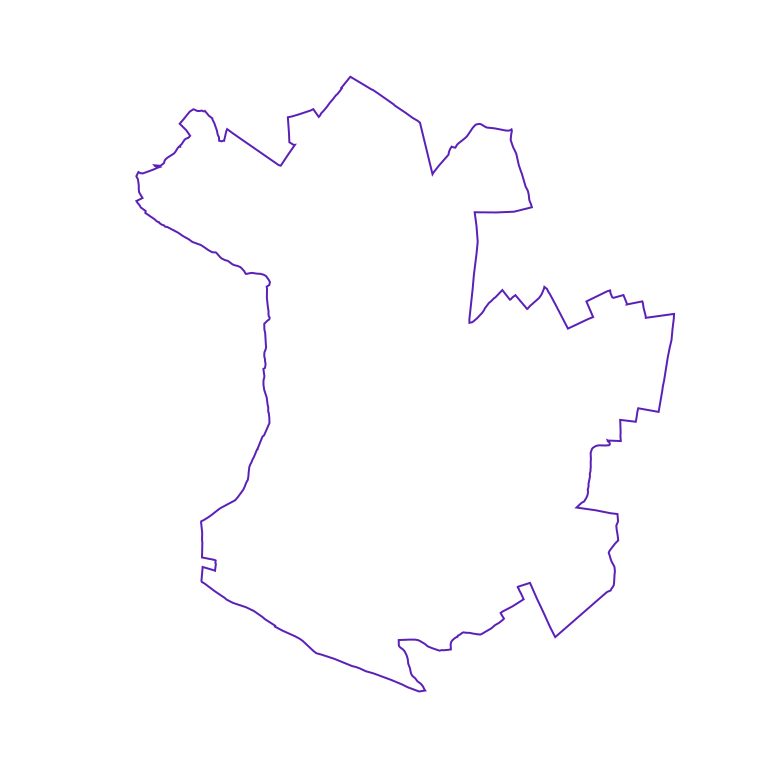 outline of Strunga, Iasi, Romania, rotated 189°
{"feature_id": "2599482B42928689760667", "entity_name": "Strunga", "entity_type": "district", "adm_level": 2, "iso_a3": "ROU", "parent_name": "Romania", "parent_adm1": "Iasi", "projection": "mercator", "projection_center": [26.943, 47.159], "detail": "fine", "context": "isolated", "style": "outline", "palette": "violet", "viewbox_px": 768, "rotation_deg": 189, "n_neighbors": 0, "source": "geoboundaries", "source_scale": "gbopen_adm2", "svg_char_len": 6152}
<svg xmlns="http://www.w3.org/2000/svg" viewBox="0 0 768 768"><g transform="rotate(189 384 384)"><path d="M520.7,632.4L517.2,617.4L515.3,608.0L510.6,606.0L509.4,606.3L514.4,596.0L520.1,583.5L521.6,583.6L522.6,583.9L571.6,607.5L578.8,611.2L579.3,609.1L580.0,599.2L580.8,599.2L582.2,598.3L584.9,598.5L585.6,601.9L586.7,603.4L587.4,604.6L588.6,608.0L592.3,614.9L594.8,618.4L595.1,619.5L599.0,621.6L603.6,625.7L604.1,625.2L604.6,625.1L605.4,625.1L606.6,625.6L608.7,624.8L611.3,624.5L614.6,625.5L615.3,625.5L618.4,622.7L620.4,619.4L622.8,615.1L626.5,609.1L619.1,603.8L614.3,598.8L615.7,596.6L617.7,595.5L619.1,594.2L621.5,589.0L622.7,587.6L622.4,586.4L623.7,586.3L624.5,585.1L626.4,580.6L627.5,578.8L632.8,574.1L634.9,571.8L635.6,570.2L635.9,567.8L636.4,567.2L638.9,564.5L644.9,564.1L644.2,563.5L639.9,563.0L642.8,561.5L643.3,560.9L649.4,557.4L655.1,554.3L657.5,554.1L659.7,554.9L661.1,550.5L659.1,547.7L657.9,544.0L657.2,541.4L656.8,538.6L655.9,535.1L651.6,529.9L657.2,526.0L655.3,523.9L653.4,522.3L651.8,520.3L646.4,517.5L646.5,515.6L636.3,510.8L633.8,509.1L632.6,508.7L631.7,508.7L631.1,508.3L630.9,507.7L630.3,507.5L628.4,506.6L626.3,506.3L624.9,505.2L622.4,505.1L610.9,501.2L605.6,498.6L599.7,496.5L595.4,494.3L586.5,492.6L578.0,488.6L574.4,487.3L570.7,487.6L570.2,487.4L565.6,483.6L564.0,482.6L560.8,481.6L557.3,481.1L553.0,478.8L550.8,478.0L547.1,477.7L544.3,477.0L543.1,476.3L539.7,473.6L538.3,471.7L537.6,471.1L532.0,473.1L526.9,473.1L523.3,473.5L520.0,473.1L517.7,472.3L516.7,471.5L514.1,468.8L512.6,466.8L512.8,463.8L515.1,461.8L514.5,460.1L513.2,451.0L511.1,443.1L509.4,437.7L509.2,435.8L508.6,433.2L507.3,431.7L507.4,430.0L509.3,428.0L511.7,424.7L510.7,419.3L509.3,415.6L506.9,404.7L506.2,402.0L506.3,399.8L507.0,396.9L507.0,395.3L506.5,392.4L505.3,389.6L505.2,388.4L504.2,385.6L504.0,383.7L504.1,381.2L505.5,380.0L503.4,373.2L503.3,371.7L503.6,368.8L503.0,364.6L501.4,359.5L497.7,352.2L495.9,345.9L494.6,342.5L494.3,339.9L493.7,337.8L493.3,337.5L492.1,333.1L491.0,327.6L494.4,314.6L495.8,313.0L498.6,300.9L498.6,300.0L498.9,300.0L499.5,298.2L501.0,291.7L502.0,289.0L502.7,285.7L503.5,283.6L504.0,281.2L504.0,280.2L503.8,275.0L503.5,271.9L503.5,268.1L504.6,265.1L505.6,260.5L506.5,257.5L510.5,249.7L512.8,245.9L525.4,236.4L527.5,234.5L534.2,227.3L537.2,224.4L541.1,221.1L542.9,220.0L543.1,219.0L540.3,208.7L539.2,200.8L538.7,199.6L536.6,184.2L524.9,183.8L522.8,183.5L522.6,183.3L522.6,181.0L521.9,179.9L521.7,173.1L523.4,173.5L534.5,174.9L533.5,161.0L533.0,160.0L530.1,158.9L519.0,153.0L508.1,147.9L505.4,146.3L499.0,144.2L485.2,141.9L476.7,139.3L467.5,134.8L464.8,133.1L453.6,128.2L453.8,127.3L445.6,124.5L432.7,121.0L427.7,119.3L424.2,117.6L411.5,109.0L408.6,107.5L403.2,106.9L390.2,104.8L371.4,100.4L367.6,100.1L363.8,99.4L357.2,97.5L348.9,96.5L330.4,92.8L318.9,90.0L313.2,88.2L301.2,85.8L295.4,87.7L296.0,88.3L298.4,91.6L299.7,92.8L300.8,93.7L304.5,95.6L307.0,98.1L310.4,100.2L311.9,102.1L314.1,107.7L316.3,111.5L317.5,116.0L318.6,118.4L319.9,120.6L321.8,123.2L323.6,124.7L326.8,126.4L327.7,127.1L328.5,128.2L329.4,133.4L317.9,135.7L312.8,136.4L310.0,136.3L307.5,135.5L303.0,133.7L299.7,131.7L295.0,130.6L287.5,129.3L285.1,130.3L284.3,130.2L279.6,131.3L276.4,132.3L277.5,137.5L277.2,140.0L276.2,141.8L274.6,143.8L272.6,145.5L271.9,145.7L271.8,146.8L269.1,149.0L268.2,150.1L266.8,151.1L263.5,151.2L260.5,151.6L256.4,151.4L253.6,151.5L252.5,151.3L251.7,151.6L249.9,151.5L248.4,152.4L239.7,159.5L236.6,163.2L232.9,166.2L229.9,169.5L228.8,171.0L232.6,175.4L233.0,176.2L231.2,177.9L222.3,184.5L212.4,193.2L215.9,198.5L218.5,201.9L218.8,202.7L219.8,203.8L220.2,204.4L220.2,204.6L208.7,210.4L199.3,195.8L190.9,183.5L181.8,169.7L175.3,160.8L132.8,211.6L131.1,213.5L127.9,215.5L127.3,217.3L125.9,220.2L125.6,221.3L125.6,222.9L126.6,233.2L126.5,234.4L127.5,238.5L128.0,239.8L131.5,244.3L133.5,248.1L134.5,250.4L135.6,252.2L135.4,253.8L134.5,255.8L130.7,262.7L128.2,266.2L129.5,270.9L131.5,276.9L132.4,280.4L131.3,285.0L133.1,292.1L140.0,291.8L155.4,292.4L174.5,292.1L171.2,296.4L169.5,298.2L168.1,299.1L166.5,302.7L165.7,305.6L165.5,309.0L166.3,311.7L166.0,313.8L166.0,315.5L166.4,317.2L166.1,324.8L166.7,327.5L166.4,330.5L166.7,332.0L166.7,333.7L167.7,339.5L167.8,341.6L169.1,348.2L168.7,351.0L168.4,352.4L167.9,353.4L165.4,355.7L163.7,356.5L161.9,357.1L156.3,357.8L152.6,358.6L152.0,358.9L151.6,359.7L151.6,360.3L152.0,361.1L152.4,361.7L154.0,362.5L154.4,363.4L153.7,363.2L141.2,364.7L142.3,369.4L142.8,373.7L145.1,385.5L129.4,386.1L129.3,391.9L129.4,396.0L129.1,399.8L108.4,399.4L108.1,420.5L108.2,425.5L107.9,431.1L107.9,454.4L107.5,464.5L106.9,472.5L107.6,483.0L108.0,494.0L108.5,498.6L135.8,490.3L136.3,492.3L139.6,500.0L141.0,504.5L141.8,506.0L156.7,500.5L156.6,501.1L156.8,501.6L161.4,509.3L170.8,505.0L172.2,505.4L174.6,509.4L175.3,511.8L178.2,510.4L197.0,497.2L187.9,482.8L192.2,480.3L211.0,467.5L226.6,488.7L234.2,498.7L236.2,500.9L237.9,503.4L240.8,505.0L240.9,503.2L242.2,497.8L242.9,496.0L244.3,493.2L252.0,483.9L253.8,481.0L254.4,480.5L268.1,492.3L270.7,489.6L272.1,487.4L272.9,487.0L281.8,495.3L287.7,486.8L288.7,486.0L291.5,482.1L292.9,480.7L296.3,474.3L296.7,472.6L298.2,469.6L302.5,463.3L305.7,459.6L306.7,458.8L309.2,457.8L309.8,461.3L311.3,491.6L312.3,506.0L313.0,527.2L313.7,539.2L317.4,554.7L321.3,567.8L299.9,571.0L282.6,574.5L265.6,581.7L267.1,584.9L268.9,587.7L269.5,589.2L270.6,593.5L272.2,597.4L275.0,601.1L280.7,613.2L282.0,615.4L285.1,621.3L289.4,632.2L293.7,638.4L297.1,644.9L297.4,650.4L297.3,654.1L297.9,655.4L298.8,654.5L300.4,653.8L303.2,653.4L314.7,653.8L322.4,653.4L323.6,653.6L328.5,655.6L329.6,655.8L330.7,655.8L333.4,654.8L334.5,653.9L336.4,651.0L340.6,642.0L341.6,640.5L343.7,638.1L348.3,633.1L349.3,631.7L350.5,628.6L352.0,628.6L354.3,629.0L355.4,626.6L356.1,623.6L356.2,620.5L363.9,608.3L368.2,600.6L368.9,598.8L389.4,647.8L392.1,649.3L397.3,651.3L405.2,655.3L416.9,660.7L418.0,661.6L435.8,670.3L441.2,672.8L442.2,672.9L465.3,682.2L472.5,669.8L471.9,669.5L473.3,666.7L475.4,663.0L476.5,661.8L477.9,659.4L478.7,657.8L481.6,653.1L483.8,648.7L486.5,644.2L488.6,641.2L488.8,640.0L490.2,637.6L496.9,644.4L499.2,642.7L510.8,636.7L517.2,633.7L520.7,632.4Z" fill="none" stroke="#5b21b6" stroke-width="2"/></g></svg>